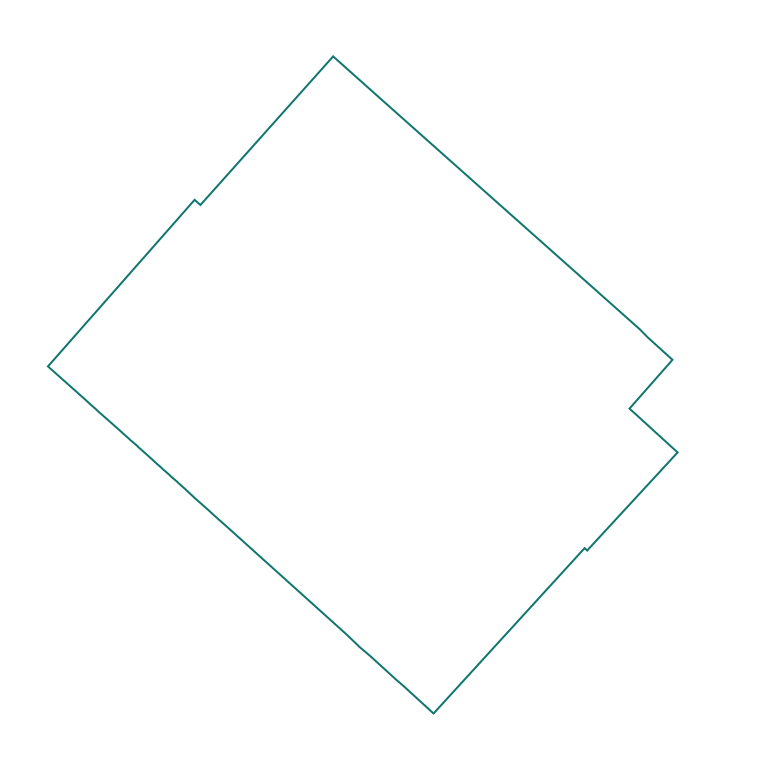 the district of Logan, Colorado, United States of America, rotated 222°
{"feature_id": "52423323B37664223028428", "entity_name": "Logan", "entity_type": "district", "adm_level": 2, "iso_a3": "USA", "parent_name": "United States of America", "parent_adm1": "Colorado", "projection": "orthographic", "projection_center": [-103.051, 40.719], "detail": "fine", "context": "isolated", "style": "outline", "palette": "teal", "viewbox_px": 768, "rotation_deg": 222, "n_neighbors": 0, "source": "geoboundaries", "source_scale": "gbopen_adm2", "svg_char_len": 814}
<svg xmlns="http://www.w3.org/2000/svg" viewBox="0 0 768 768"><g transform="rotate(222 384 384)"><path d="M575.5,593.7L641.0,593.4L640.2,394.2L648.0,394.1L647.6,361.1L645.5,172.2L597.0,172.5L588.5,172.4L581.7,172.5L577.8,172.4L547.5,172.7L545.8,172.6L536.7,172.7L535.1,172.6L525.8,172.9L524.7,172.7L514.6,172.8L513.6,172.8L503.8,172.8L502.9,172.7L493.0,172.8L492.1,172.7L482.2,172.9L481.3,172.7L472.9,172.9L472.3,172.9L471.3,172.9L470.7,172.8L460.6,172.9L459.9,172.8L450.1,172.7L449.0,172.6L428.4,172.8L425.7,172.7L417.5,172.7L416.6,172.7L407.0,172.8L406.3,172.8L245.5,172.8L244.2,172.8L234.5,172.5L226.4,172.2L212.3,172.6L175.8,172.4L169.7,172.6L126.7,172.3L125.1,396.2L121.6,396.2L120.0,529.6L185.1,530.0L185.8,595.0L219.0,595.1L230.4,595.8L575.5,593.7Z" fill="none" stroke="#0f766e" stroke-width="2"/></g></svg>